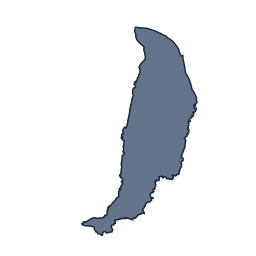 Oiapoque, Amapá, Brazil, rotated 340°
{"feature_id": "56859067B61073882793366", "entity_name": "Oiapoque", "entity_type": "district", "adm_level": 2, "iso_a3": "BRA", "parent_name": "Brazil", "parent_adm1": "Amapá", "projection": "orthographic", "projection_center": [-52.103, 3.225], "detail": "fine", "context": "isolated", "style": "filled", "palette": "slate", "viewbox_px": 256, "rotation_deg": 340, "n_neighbors": 0, "source": "geoboundaries", "source_scale": "gbopen_adm2", "svg_char_len": 5954}
<svg xmlns="http://www.w3.org/2000/svg" viewBox="0 0 256 256"><g transform="rotate(340 128 128)"><path d="M141.9,184.8L142.7,184.5L143.9,185.3L143.3,185.9L143.8,186.9L144.5,186.1L146.5,186.7L147.1,188.9L147.8,188.9L147.9,189.2L148.3,189.4L148.6,189.0L149.7,190.5L151.0,190.4L151.2,191.3L151.5,191.5L153.0,191.0L153.4,190.1L154.1,189.7L153.8,188.5L153.3,188.3L153.2,187.8L154.4,187.6L156.4,189.3L157.4,188.9L157.7,188.3L158.1,188.2L159.2,188.8L160.0,188.6L161.2,187.1L161.1,186.6L161.6,186.1L161.6,185.5L162.7,184.9L163.6,183.6L165.2,182.3L166.1,180.2L165.8,179.8L166.2,178.4L167.3,177.6L167.8,177.8L168.3,177.6L168.9,176.9L169.3,175.2L168.1,173.9L168.4,173.7L168.5,173.1L168.9,172.8L169.1,171.7L169.6,171.7L170.1,170.6L171.7,169.3L171.7,168.6L172.2,168.2L173.2,167.4L173.5,166.7L174.9,165.7L175.2,164.3L175.5,164.2L175.7,163.7L175.6,163.3L177.0,161.3L177.2,160.2L177.9,159.9L177.6,159.2L178.0,158.8L177.9,158.2L177.5,156.8L180.4,155.8L181.0,155.1L181.0,154.8L182.0,154.6L182.1,154.3L181.5,154.1L181.7,153.6L182.6,153.6L183.9,152.4L183.6,151.2L184.7,150.4L184.3,150.0L184.3,149.4L183.8,149.3L183.6,148.7L184.8,148.1L185.0,147.3L186.4,145.6L186.3,144.9L187.0,144.0L187.1,143.5L187.1,143.3L186.6,143.3L186.5,142.7L187.0,142.6L187.3,142.2L188.8,142.8L188.8,142.5L188.1,142.0L188.1,141.8L189.4,140.5L191.0,140.1L191.9,139.5L192.0,138.6L192.3,138.5L193.0,139.2L193.4,138.6L193.9,138.4L194.6,137.2L194.3,135.7L194.4,135.4L196.1,135.8L196.8,135.6L197.6,134.8L198.0,133.9L198.7,133.4L198.8,132.9L198.0,133.4L197.5,133.4L197.6,132.3L197.2,132.0L197.5,131.4L196.9,130.7L197.9,129.6L197.7,129.1L197.9,129.0L198.3,129.4L198.6,130.3L199.4,129.7L199.0,129.1L199.0,128.8L201.5,127.7L201.9,124.9L202.6,123.0L202.6,119.8L202.3,118.9L202.1,115.7L201.4,115.0L201.4,112.6L201.8,110.3L202.1,106.5L202.0,102.5L201.6,99.0L200.9,96.5L201.2,94.8L201.4,92.8L202.2,90.1L203.3,82.1L204.3,78.6L202.2,78.2L202.3,75.4L202.2,75.1L202.5,71.4L201.9,68.5L200.4,63.4L199.1,60.9L196.2,56.9L194.8,54.4L192.2,52.0L191.3,50.5L189.9,49.5L186.8,46.2L180.2,41.0L169.4,35.9L167.1,39.8L167.5,42.0L166.8,44.1L166.4,46.1L166.6,48.5L167.1,50.2L168.6,53.2L170.4,56.2L170.7,57.4L170.5,58.4L169.9,59.1L169.6,59.8L169.4,62.8L168.7,66.7L168.1,68.5L166.7,69.8L161.7,72.3L159.4,74.3L159.1,75.0L159.1,78.0L158.0,80.3L157.2,81.2L156.3,81.7L156.1,82.6L153.9,84.3L152.5,86.5L151.8,86.6L151.4,87.1L150.5,86.8L150.3,87.2L150.7,87.4L150.9,87.8L150.0,88.2L149.3,88.1L149.1,88.4L148.7,89.1L149.4,90.6L149.0,92.3L148.2,92.5L146.9,92.4L146.5,92.9L145.5,93.5L145.0,95.3L144.5,95.9L144.4,97.3L144.0,98.1L144.3,99.1L142.0,101.7L139.1,106.9L138.5,107.0L138.2,107.3L138.4,108.0L136.8,109.8L136.7,111.0L135.7,111.8L135.3,113.0L132.0,118.7L131.3,119.5L130.9,120.6L130.1,121.2L129.7,122.2L129.8,122.8L128.9,123.6L126.6,127.0L126.1,127.1L125.7,126.3L124.7,126.1L124.6,126.5L123.8,127.2L122.6,127.9L121.8,130.1L122.0,131.3L121.9,131.8L121.1,131.6L120.6,131.9L119.8,131.9L119.8,132.5L119.1,133.8L119.7,134.3L119.5,134.5L118.6,134.4L118.2,135.2L118.5,135.5L119.2,135.6L118.7,136.4L118.7,137.3L120.0,138.4L120.0,138.9L118.7,141.1L118.2,142.5L117.5,143.0L117.2,144.4L116.9,144.8L117.0,145.5L116.1,147.5L115.3,148.1L115.5,148.7L115.2,149.4L115.6,150.0L116.3,149.9L116.4,150.2L115.3,151.6L114.7,151.6L114.5,151.4L114.1,151.8L113.2,152.0L110.8,157.0L109.6,158.9L109.2,160.1L109.3,161.0L108.9,161.3L109.1,161.9L108.8,162.6L107.7,164.1L107.1,165.9L106.4,166.6L105.5,169.2L104.6,169.0L104.1,169.4L103.7,170.0L104.6,171.3L104.1,172.0L105.3,173.0L105.6,174.0L104.9,175.2L104.9,175.9L104.2,175.6L103.3,176.5L103.7,177.8L104.0,177.9L103.8,178.6L103.0,178.9L101.3,180.5L100.8,181.7L99.0,182.0L98.9,182.8L99.7,183.5L99.3,183.9L97.8,184.1L97.2,184.9L97.3,185.8L96.3,187.2L96.5,187.7L96.0,189.1L95.3,189.5L94.7,189.4L94.0,189.6L92.6,190.2L92.0,190.7L92.0,191.3L88.3,192.9L87.9,193.3L87.7,193.2L86.6,194.1L84.9,194.8L83.2,195.1L83.0,195.3L83.3,195.7L83.2,195.8L82.0,195.8L82.0,196.3L82.4,196.6L82.2,196.9L80.9,197.3L80.7,198.7L79.9,198.8L79.9,200.2L79.5,200.4L78.6,202.5L76.5,202.0L76.1,202.4L76.2,202.9L75.9,203.1L72.7,203.8L71.8,203.2L68.0,202.3L66.0,200.8L64.6,200.6L61.8,200.7L59.2,201.3L58.5,201.6L56.8,201.6L56.3,202.0L55.9,202.0L54.9,201.2L54.3,201.0L54.0,201.6L53.4,201.7L53.0,202.3L52.0,202.0L51.7,202.6L52.4,203.7L54.9,205.6L57.2,206.3L58.0,206.9L59.1,207.3L59.8,207.9L61.8,208.7L62.1,209.4L61.8,211.2L62.3,214.6L63.4,215.4L63.8,217.3L65.2,217.7L66.3,219.7L66.7,220.0L67.5,219.8L68.3,217.9L68.7,217.6L69.9,217.3L71.1,217.5L72.1,219.4L73.0,219.6L74.3,219.5L75.7,219.9L76.9,219.6L77.3,220.1L78.9,218.5L78.4,216.5L78.7,216.0L78.4,215.3L78.6,215.3L78.6,214.9L79.2,213.9L79.8,213.6L81.2,214.2L81.6,213.2L81.9,213.1L83.0,213.5L83.3,213.4L84.0,212.2L83.8,211.8L84.0,211.2L83.4,211.2L83.4,210.9L83.5,210.4L84.0,210.0L85.3,209.9L86.3,210.8L87.2,210.5L87.9,210.7L88.5,210.4L89.0,210.5L89.2,211.1L91.1,210.7L92.2,211.5L93.5,211.2L93.8,211.4L94.6,211.0L94.8,211.1L94.5,212.1L95.6,211.9L96.3,212.7L96.9,212.2L97.2,212.3L98.0,213.6L99.2,214.2L99.8,215.3L100.4,215.3L101.1,215.7L101.0,215.0L102.0,214.7L102.9,214.8L103.4,214.4L103.6,215.1L103.9,215.2L104.4,214.9L105.0,214.9L105.7,214.2L107.0,213.8L107.6,213.0L107.9,213.0L108.7,213.3L109.5,213.1L110.4,213.4L110.7,212.9L112.0,212.7L112.7,213.3L113.6,213.3L114.0,213.8L114.3,213.2L113.9,211.9L114.0,210.5L113.7,210.3L113.8,209.7L114.5,209.0L115.3,208.8L116.8,207.4L117.3,207.4L118.1,205.8L118.6,205.9L119.1,205.0L119.5,204.8L120.6,204.6L122.0,204.9L122.6,204.6L123.3,204.7L124.1,204.5L125.4,203.9L125.8,202.4L126.1,202.1L127.6,202.7L127.7,202.4L127.1,201.7L125.8,201.4L126.0,199.7L125.6,198.6L126.5,198.0L127.0,197.0L128.0,197.3L128.7,196.9L129.2,197.3L129.5,197.3L129.9,195.9L130.5,196.1L130.2,195.1L130.8,194.3L132.0,194.6L132.6,194.2L132.5,193.2L133.9,192.3L134.6,190.8L134.9,190.4L134.5,189.3L134.7,188.7L135.4,188.3L135.0,188.0L135.0,187.6L135.3,187.2L136.6,187.3L136.9,186.6L138.3,187.7L139.3,187.8L139.9,186.8L140.3,184.5L141.9,184.8Z" fill="#64748b" stroke="#1e293b" stroke-width="1.5"/></g></svg>